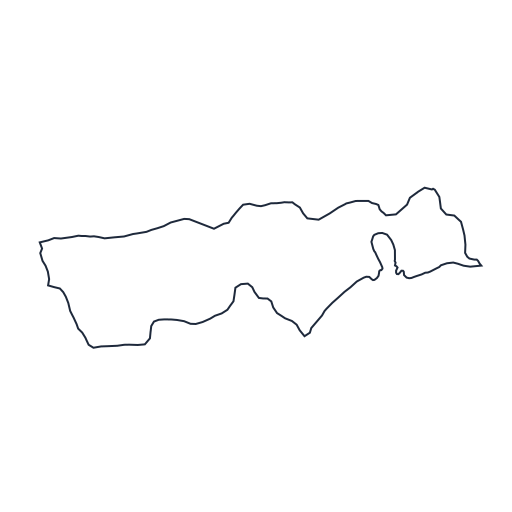 outline of Ndokwa East, Delta, Nigeria, rotated 246°
{"feature_id": "59680162B10854216301983", "entity_name": "Ndokwa East", "entity_type": "district", "adm_level": 2, "iso_a3": "NGA", "parent_name": "Nigeria", "parent_adm1": "Delta", "projection": "natural_earth1", "projection_center": [6.478, 5.659], "detail": "fine", "context": "isolated", "style": "outline", "palette": "slate", "viewbox_px": 512, "rotation_deg": 246, "n_neighbors": 0, "source": "geoboundaries", "source_scale": "gbopen_adm2", "svg_char_len": 3025}
<svg xmlns="http://www.w3.org/2000/svg" viewBox="0 0 512 512"><g transform="rotate(246 256 256)"><path d="M241.5,414.9L237.1,400.8L240.3,391.3L243.4,390.1L245.7,388.8L248.4,388.0L251.5,388.4L252.9,388.5L254.7,386.8L257.2,383.5L260.6,381.1L264.3,372.7L265.7,369.5L266.6,363.5L267.3,359.9L267.1,358.5L266.7,350.8L264.9,340.6L263.8,329.1L263.7,328.0L269.5,318.2L275.8,316.4L281.1,315.9L282.4,315.8L287.5,312.5L290.2,311.1L291.7,307.6L293.6,303.8L294.4,300.7L295.8,296.4L296.5,294.8L298.1,291.0L298.7,285.0L299.5,280.8L301.6,277.2L304.1,274.1L306.3,271.4L308.1,265.1L306.1,260.3L303.7,255.2L301.9,251.7L301.0,249.8L300.8,249.4L297.5,244.5L298.6,239.6L298.0,228.7L316.8,210.0L319.1,205.5L321.3,191.7L320.8,183.9L321.5,177.2L322.4,171.0L322.6,165.8L325.1,156.1L326.1,152.6L327.5,143.4L330.7,134.1L333.7,124.9L337.4,119.9L339.9,116.0L341.2,112.4L343.6,108.4L345.0,105.2L346.8,102.0L348.2,95.6L351.3,84.9L354.5,78.9L354.7,74.7L354.8,72.6L356.4,64.0L349.8,63.6L346.4,60.1L338.4,59.0L332.7,59.8L326.4,59.5L319.0,57.6L313.7,54.1L309.7,58.9L306.1,63.6L301.4,65.2L296.1,65.7L289.4,65.4L281.4,63.9L277.0,64.1L274.0,64.3L266.7,64.4L262.0,64.0L256.7,66.1L250.7,66.9L247.8,66.9L243.0,67.0L241.8,67.8L238.3,70.2L236.4,77.7L233.7,84.4L230.4,92.8L228.5,99.5L227.5,101.9L226.5,104.2L222.8,111.8L220.5,118.5L223.9,125.6L229.9,129.0L230.0,129.1L234.6,131.8L237.6,136.1L237.3,141.2L235.3,146.7L232.3,153.1L229.7,157.8L225.7,163.8L220.7,168.6L218.4,173.3L217.9,176.8L217.4,180.4L217.4,188.7L218.1,194.2L217.5,201.3L218.5,208.0L221.2,212.4L222.2,214.2L223.8,217.0L229.1,220.4L235.4,224.3L236.4,230.8L234.1,237.3L229.0,239.9L223.8,240.0L216.5,241.6L214.7,244.6L214.2,245.4L212.5,249.2L208.3,251.5L202.0,250.8L195.3,252.0L190.8,255.0L187.3,257.2L182.0,262.4L176.7,265.2L170.4,265.7L163.0,267.7L164.0,274.0L167.7,277.2L174.8,292.1L177.9,296.3L179.1,298.9L182.2,306.7L184.3,313.4L187.3,322.4L189.0,329.5L191.7,337.7L192.4,345.6L192.2,348.3L190.8,351.0L187.8,352.2L186.4,353.1L186.0,354.5L186.7,357.5L188.1,359.9L190.6,361.6L192.0,362.4L192.5,363.8L192.1,364.7L193.0,366.4L194.4,366.8L199.9,366.8L203.6,366.5L208.0,366.4L211.0,366.4L212.1,366.0L214.7,366.0L222.0,367.2L224.1,369.1L226.3,371.0L227.2,372.7L227.1,376.9L225.7,380.7L222.2,384.4L215.6,386.0L210.6,386.1L204.9,385.3L196.2,381.5L195.1,380.7L193.2,380.8L190.8,379.1L189.6,380.1L187.9,380.6L185.6,378.0L183.7,377.2L182.2,377.4L181.5,378.7L182.2,380.6L183.4,382.9L182.7,384.3L181.6,384.6L178.3,383.5L175.0,384.8L173.4,386.9L172.7,389.1L172.6,391.8L172.4,394.3L171.8,399.8L171.9,403.8L171.0,406.3L170.9,408.8L171.3,415.8L171.4,418.9L172.3,421.2L171.7,427.5L171.0,429.7L169.8,433.5L166.8,437.3L162.7,441.7L159.1,447.4L155.6,457.9L158.1,457.2L161.2,456.9L162.9,456.2L163.9,454.0L165.2,452.2L166.9,449.9L169.4,448.7L173.8,448.3L181.1,451.9L189.9,454.8L195.1,455.8L196.2,456.0L203.9,457.2L206.4,456.1L212.3,453.6L216.5,446.7L224.2,444.2L231.2,446.3L235.4,447.5L243.8,446.3L245.4,445.1L245.2,443.8L249.8,437.8L248.8,430.4L246.6,420.3L241.5,414.9Z" fill="none" stroke="#1e293b" stroke-width="2"/></g></svg>